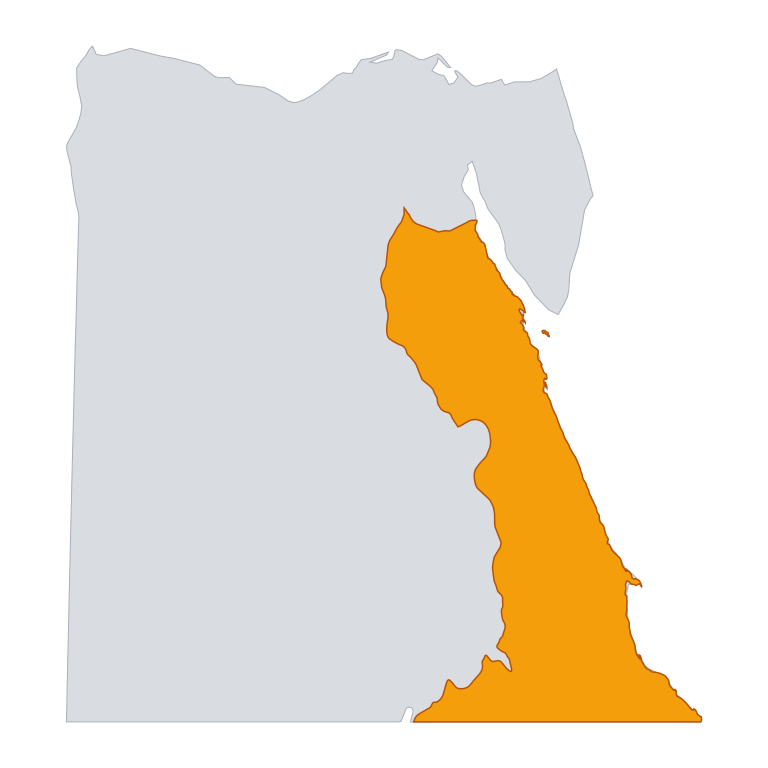 Al Bahr al Ahmar highlighted on a map of Egypt
{"feature_id": "EGY-1556", "entity_name": "Al Bahr al Ahmar", "entity_type": "Governorate", "adm_level": 1, "iso_a3": "EGY", "parent_name": "Egypt", "parent_adm1": "", "projection": "equal_earth", "projection_center": [33.554, 25.647], "detail": "fine", "context": "in_parent", "style": "filled", "palette": "amber", "viewbox_px": 768, "rotation_deg": 0, "n_neighbors": 0, "source": "natural_earth", "source_scale": "10m", "svg_char_len": 9098}
<svg xmlns="http://www.w3.org/2000/svg" viewBox="0 0 768 768"><path d="M700.1,721.8L682.6,721.8L665.1,721.8L647.6,721.8L630.2,721.8L612.7,721.8L595.2,721.8L577.7,721.8L560.2,721.8L542.7,721.8L525.3,721.8L507.8,721.8L490.3,721.8L472.8,721.8L455.3,721.8L437.8,721.8L420.4,721.9L410.4,721.9L412.1,715.5L413.2,711.0L412.0,707.9L408.6,707.1L406.4,708.1L401.1,721.4L398.4,721.9L392.2,721.9L371.8,721.9L351.4,721.9L331.1,721.9L310.7,721.9L290.4,721.9L270.0,721.9L249.7,721.9L229.3,721.9L208.9,721.9L188.6,721.9L168.2,721.9L147.9,721.9L127.5,721.9L107.1,721.9L86.8,721.9L66.4,721.9L66.8,705.8L67.1,689.8L67.5,673.8L67.8,657.8L68.2,641.8L68.5,625.8L68.9,609.8L69.2,593.9L69.6,578.0L70.0,562.0L70.3,546.1L70.7,530.3L71.1,514.4L71.5,498.5L71.8,482.7L72.2,466.9L72.6,451.1L73.0,435.3L73.4,419.5L73.8,403.8L74.2,388.0L74.6,372.3L75.0,356.6L75.4,340.9L75.9,325.2L76.3,309.6L76.7,293.9L77.1,278.3L77.5,262.7L78.0,247.1L78.4,231.6L78.9,216.0L78.5,213.1L75.9,202.6L73.7,189.2L71.3,172.7L71.1,167.4L66.9,150.5L66.6,145.7L67.9,142.3L76.1,128.1L78.7,121.2L80.9,112.9L81.7,106.2L79.8,95.9L77.4,86.7L76.8,77.2L76.7,67.9L80.8,61.6L85.8,55.7L87.7,52.1L90.6,48.0L92.6,46.1L96.2,54.4L104.2,55.8L130.6,48.4L159.4,55.8L175.2,58.7L199.7,65.0L214.4,76.3L218.5,77.7L229.3,77.5L236.2,84.2L264.3,87.4L279.2,94.8L287.6,100.7L292.7,102.5L297.2,102.2L303.4,100.0L311.1,95.8L319.6,90.1L337.2,75.3L343.4,72.7L347.4,73.4L352.3,73.2L354.3,69.2L356.9,66.4L358.6,63.3L361.3,59.6L370.3,58.5L388.4,52.1L386.4,55.1L369.9,62.3L376.9,63.2L384.2,60.8L392.4,59.2L393.9,56.1L395.0,50.4L396.6,49.6L402.3,50.7L419.2,59.5L423.4,59.7L435.4,54.9L437.9,53.8L441.8,56.5L450.5,67.5L447.5,67.3L438.1,57.9L437.2,62.6L431.8,70.8L438.5,74.4L443.9,75.8L446.9,80.4L448.7,84.5L454.1,82.7L458.0,77.1L456.0,74.0L454.6,70.8L456.4,70.7L460.1,73.3L470.8,84.0L474.5,86.1L478.6,85.8L487.4,82.8L489.8,83.3L501.5,79.3L502.9,82.2L504.8,85.1L514.3,81.9L529.1,81.9L541.2,78.5L555.3,70.1L556.4,68.8L557.1,70.9L558.8,76.6L563.1,91.2L566.9,102.7L571.5,118.5L573.0,124.6L573.6,128.9L580.3,146.4L584.3,160.8L587.3,172.5L591.4,189.6L593.2,195.6L590.4,198.7L584.6,209.9L578.5,245.4L569.8,273.2L568.8,290.6L567.4,296.9L563.2,305.8L558.1,314.5L548.9,310.0L534.1,294.7L525.4,280.3L516.2,270.9L507.4,258.6L505.0,249.7L505.1,244.0L501.3,230.1L498.5,223.5L487.9,208.8L484.9,200.9L482.6,197.5L480.2,192.5L476.4,173.4L472.3,161.3L467.5,164.7L468.3,169.8L464.1,176.8L461.5,185.0L463.5,191.7L472.1,201.9L473.8,206.3L475.8,216.0L475.5,229.1L476.9,233.6L483.4,243.4L485.7,249.2L487.1,254.2L489.2,258.8L495.7,267.3L505.0,283.5L513.9,294.5L520.2,299.8L523.0,305.1L523.6,318.9L523.1,325.4L528.7,337.7L530.8,344.0L536.3,349.1L538.8,354.9L541.1,364.4L544.5,392.4L549.3,399.3L564.0,436.2L576.5,459.7L582.6,477.2L591.8,498.5L610.0,545.5L620.8,560.0L625.1,568.2L632.9,574.5L641.4,583.6L633.3,582.7L631.3,583.2L628.5,584.8L627.2,590.3L626.6,594.8L627.7,618.7L630.0,630.9L637.2,654.0L642.5,661.0L645.1,665.5L648.7,668.8L665.6,676.7L675.6,693.4L697.8,714.6L700.0,720.4L700.1,721.8Z" fill="#d9dde1" stroke="#a8b0b8" stroke-width="1"/><path d="M700.8,721.9L413.6,721.9L415.2,717.9L416.4,716.2L417.6,715.0L418.8,714.1L429.8,707.7L430.5,707.1L432.5,703.3L433.1,702.6L433.9,702.3L436.4,702.1L437.6,701.7L440.4,699.3L442.1,696.8L443.0,695.0L446.5,682.8L447.1,681.3L448.0,680.1L448.5,679.8L449.1,679.9L450.3,680.7L452.7,683.2L455.4,686.8L457.3,688.1L458.6,688.6L462.3,688.8L464.8,688.3L467.3,687.3L469.2,685.9L471.2,683.7L472.9,681.4L479.8,673.6L481.2,671.4L481.9,669.9L482.4,667.7L482.5,665.6L482.2,661.6L482.6,660.6L484.0,658.7L484.6,656.6L485.3,655.4L486.4,655.4L487.0,655.9L489.9,659.7L491.8,661.2L493.4,661.5L497.8,660.6L499.1,660.8L500.3,661.3L501.6,662.3L505.9,667.7L509.3,670.9L510.9,671.5L511.4,671.1L511.6,670.3L511.5,668.5L509.3,659.2L508.9,658.5L507.0,655.9L506.3,654.3L505.3,653.0L501.6,651.2L497.9,648.4L497.4,647.8L497.0,647.0L496.9,646.2L497.2,645.1L498.6,643.0L500.0,639.0L502.2,636.7L502.5,636.1L504.7,629.3L505.2,626.8L505.0,624.7L504.4,623.0L502.9,620.1L502.5,619.0L501.4,612.4L501.5,609.4L502.6,607.3L502.9,605.4L502.6,601.6L502.6,598.2L502.4,597.2L501.7,595.6L501.2,594.8L498.5,592.2L497.6,590.8L495.7,584.7L494.5,581.8L494.0,580.2L492.5,568.1L493.0,563.3L494.1,557.7L494.6,556.4L499.8,547.9L500.4,546.3L501.0,543.9L501.0,542.1L495.3,527.5L495.1,526.5L494.7,524.0L494.6,514.5L494.1,510.3L493.0,506.2L491.2,502.4L489.3,499.3L478.6,489.4L476.9,487.5L475.8,485.2L475.2,483.2L474.3,478.0L474.3,473.2L475.5,469.5L476.3,468.1L479.8,463.4L484.9,457.9L486.1,456.3L487.0,454.6L489.7,447.9L490.2,446.0L490.6,442.5L490.5,440.0L490.0,434.8L489.2,431.5L488.7,429.9L488.0,428.3L485.9,425.0L484.1,423.0L481.8,421.2L477.7,419.8L474.4,419.5L470.1,420.3L459.5,426.4L457.9,426.8L452.4,418.4L451.0,415.2L449.9,413.6L448.5,412.6L445.0,411.7L443.5,411.0L441.2,409.3L440.5,408.4L438.4,404.8L437.6,402.9L437.2,399.0L437.0,397.9L433.9,391.9L433.1,389.5L430.8,386.8L422.0,379.5L416.5,365.5L415.3,363.1L411.3,358.0L407.6,354.5L406.8,352.9L406.0,350.0L404.9,348.0L403.8,346.8L402.2,345.7L398.9,344.4L393.7,341.7L389.1,338.6L388.6,338.0L387.8,336.5L387.0,333.7L386.7,330.7L387.0,324.5L388.0,317.8L388.0,315.1L387.8,313.0L386.1,306.3L385.7,299.7L385.4,297.9L384.6,295.1L381.7,287.7L381.3,283.9L380.8,280.0L380.9,278.8L381.2,277.2L382.8,272.6L385.7,266.7L386.0,265.2L387.9,246.9L388.2,244.9L389.2,241.7L390.4,239.3L393.9,233.8L396.9,228.1L398.4,225.9L400.7,222.9L401.5,221.7L404.1,214.6L404.2,213.6L404.0,210.9L404.2,207.9L408.0,213.4L409.4,215.0L410.7,218.0L411.3,218.9L413.3,221.5L415.9,223.5L416.8,224.0L435.9,230.8L438.1,232.0L445.2,230.7L449.4,231.0L450.2,230.8L467.2,222.3L468.6,221.3L470.8,220.5L471.8,220.3L476.8,220.3L476.9,222.4L476.1,223.6L475.9,224.4L475.3,224.7L475.1,225.3L475.5,226.0L475.1,230.5L475.5,231.2L477.6,234.0L478.0,236.9L479.4,238.6L481.5,242.1L483.4,242.5L484.5,244.0L485.2,246.1L487.7,257.8L490.7,259.7L492.6,262.0L493.1,263.3L494.7,264.0L495.2,265.8L496.7,269.2L497.1,269.7L497.1,270.1L496.8,270.2L499.1,272.4L500.1,273.9L500.0,275.4L500.7,276.6L501.1,278.0L502.5,280.2L504.9,283.3L505.5,284.8L507.1,285.9L507.5,288.1L508.3,288.3L509.2,288.8L510.9,291.3L512.1,292.1L512.0,294.1L512.4,294.5L513.0,294.7L513.5,294.5L514.0,295.5L515.1,296.1L517.5,296.9L521.2,300.9L522.4,303.9L523.3,305.2L524.5,308.5L524.6,309.7L524.8,310.3L525.3,312.6L524.2,312.6L523.6,311.0L519.9,308.8L519.6,308.8L519.1,310.4L519.6,311.6L521.1,313.7L521.4,314.8L521.7,315.3L523.2,314.6L523.5,314.8L523.2,316.7L522.4,318.4L523.1,319.3L524.4,320.2L525.3,322.2L525.3,322.7L523.5,320.2L523.1,320.2L523.1,320.8L523.5,321.8L523.1,321.8L522.8,320.4L521.9,320.5L520.9,321.5L520.3,322.7L521.5,323.4L522.4,324.8L523.9,327.9L523.5,328.9L523.5,330.3L524.4,331.1L526.7,332.3L527.4,333.2L527.8,336.0L529.4,338.4L530.2,343.0L530.5,343.9L532.2,345.9L534.3,347.5L536.5,348.8L537.5,349.7L538.2,350.9L538.2,354.3L537.5,355.2L537.8,356.6L538.1,359.4L538.7,360.3L540.5,362.2L541.5,363.7L541.9,364.9L541.1,364.8L541.1,365.9L541.5,366.8L542.5,368.6L543.6,371.7L544.1,372.7L546.2,374.3L546.5,375.1L546.9,378.4L546.5,379.2L545.6,379.2L544.6,378.3L544.0,379.7L543.8,381.8L544.2,384.0L544.2,385.8L543.1,390.0L543.6,392.1L544.4,392.8L546.1,393.4L546.9,394.0L547.4,395.0L548.0,397.2L549.7,399.9L550.4,401.8L552.2,408.0L554.8,413.6L556.0,415.8L560.5,428.2L562.6,431.8L564.5,437.8L568.7,444.8L569.6,447.7L573.2,454.0L575.5,457.3L580.1,468.2L580.9,471.6L582.1,474.6L582.7,478.2L583.7,480.1L586.0,483.6L587.1,487.5L588.7,490.4L589.3,493.5L596.4,508.2L596.6,510.4L597.1,512.3L599.1,515.1L599.3,519.0L599.7,521.4L600.2,522.2L603.0,525.1L603.9,527.1L605.5,533.6L607.4,537.7L608.2,538.5L608.2,539.6L607.3,541.8L607.4,543.7L609.5,544.8L612.2,550.8L619.4,557.5L620.5,559.1L622.5,566.0L623.9,567.9L625.9,571.4L626.8,571.3L625.9,569.3L626.5,569.2L627.6,570.6L629.0,571.3L631.0,573.8L631.7,575.7L631.9,577.8L633.5,579.0L635.1,578.6L637.8,579.6L638.9,580.3L639.8,581.4L640.9,584.6L641.8,586.1L641.5,586.7L639.6,584.0L638.8,583.9L636.1,585.5L634.1,584.4L631.6,584.2L630.6,583.7L629.6,582.2L629.1,582.0L629.0,581.6L627.1,580.8L626.6,581.2L625.9,582.9L625.5,585.0L625.9,588.4L625.1,593.5L625.5,595.3L626.5,595.6L626.9,596.4L626.7,598.0L627.0,601.6L626.7,604.5L626.7,610.7L625.9,614.9L626.2,615.9L627.8,619.0L629.1,622.2L629.3,623.4L629.2,626.7L630.6,635.1L633.1,640.3L634.9,645.0L635.6,651.5L637.1,655.0L639.3,658.5L640.7,659.4L638.6,655.1L639.6,655.1L640.3,655.7L641.1,658.0L641.9,662.1L642.8,662.9L643.6,664.5L645.2,667.1L647.3,669.0L650.2,670.4L651.7,671.7L652.5,672.0L655.5,672.3L659.8,673.3L663.9,675.0L665.4,676.2L668.0,679.3L668.9,681.0L669.2,684.3L670.1,686.4L673.4,689.8L675.0,690.6L674.8,689.5L675.1,689.5L676.3,691.1L676.0,693.2L676.9,696.1L680.6,698.1L683.5,700.4L686.7,703.7L691.6,709.5L692.6,710.1L693.4,710.1L693.9,708.9L695.3,709.8L696.0,710.8L697.2,713.8L698.0,714.7L700.1,716.3L701.3,716.8L701.6,719.4L701.5,720.3L700.8,721.9ZM546.3,331.9L548.1,332.7L548.6,335.2L549.3,336.0L549.3,336.5L548.2,336.3L547.0,334.6L545.4,333.8L544.3,332.6L543.2,333.3L542.7,332.8L542.1,331.2L542.4,330.8L543.1,330.4L544.7,330.5L546.3,331.9ZM544.3,382.5L545.4,382.5L546.8,386.6L546.9,388.3L546.1,387.4L544.3,382.5Z" fill="#f59e0b" stroke="#b45309" stroke-width="1.5"/></svg>